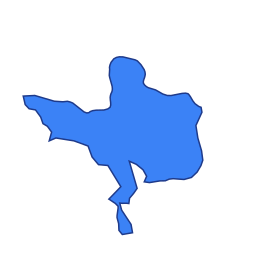 an SVG outline of Fingal, rotated 54°
{"feature_id": "IRL-5574", "entity_name": "Fingal", "entity_type": "County", "adm_level": 1, "iso_a3": "IRL", "parent_name": "Ireland", "parent_adm1": "", "projection": "equal_earth", "projection_center": [-6.266, 53.497], "detail": "fine", "context": "isolated", "style": "filled", "palette": "blue", "viewbox_px": 256, "rotation_deg": 54, "n_neighbors": 0, "source": "natural_earth", "source_scale": "10m", "svg_char_len": 1482}
<svg xmlns="http://www.w3.org/2000/svg" viewBox="0 0 256 256"><g transform="rotate(54 128 128)"><path d="M154.2,56.7L158.7,58.9L165.9,71.6L177.2,77.4L189.7,81.9L198.0,86.4L201.3,91.1L204.3,98.0L205.3,105.7L202.6,112.9L195.5,121.3L193.6,124.7L192.6,128.9L189.6,133.2L184.8,142.7L181.1,146.5L178.0,141.3L170.7,140.4L162.3,142.6L155.6,146.5L182.2,156.1L184.2,161.9L185.7,168.0L189.6,171.7L188.1,173.3L185.4,177.1L183.9,178.8L190.7,181.4L207.8,182.2L215.4,185.9L210.8,195.2L205.5,195.5L199.9,191.8L194.0,189.5L192.3,188.2L187.1,183.2L185.5,182.0L181.5,182.6L174.3,185.3L171.3,168.3L146.5,166.3L140.3,173.4L130.4,174.1L119.1,170.9L106.6,179.3L93.7,192.2L92.1,199.3L86.4,192.2L79.2,192.2L74.5,194.2L67.8,192.2L59.0,192.2L54.3,196.7L48.6,197.4L40.6,194.0L46.9,184.3L63.0,171.9L68.5,165.3L70.8,161.3L73.1,159.4L75.4,158.0L89.2,154.1L91.6,152.5L92.6,150.6L92.5,148.9L93.2,146.4L94.8,143.4L99.3,136.9L100.7,133.1L100.7,130.3L99.3,128.5L96.9,126.9L95.2,126.0L92.7,124.4L91.4,123.1L90.3,121.7L89.4,120.0L88.2,118.5L86.8,117.4L84.9,116.3L76.3,113.1L74.4,112.2L69.8,108.4L68.0,107.3L66.4,105.5L64.9,103.1L63.7,98.8L64.1,95.9L65.3,93.2L67.6,90.2L77.0,82.2L79.2,81.0L84.5,80.3L90.2,80.6L92.6,81.3L94.6,82.4L95.9,83.7L97.1,85.2L98.0,86.6L99.2,88.1L100.8,89.2L103.0,89.3L105.3,88.8L107.3,87.9L113.4,83.3L120.9,79.9L124.8,77.1L127.1,74.0L131.8,63.9L133.6,61.0L135.5,59.3L136.8,59.1L139.2,59.1L144.1,59.6L147.7,59.5L152.1,58.1L154.2,56.7Z" fill="#3b82f6" stroke="#1e3a8a" stroke-width="1.5"/></g></svg>